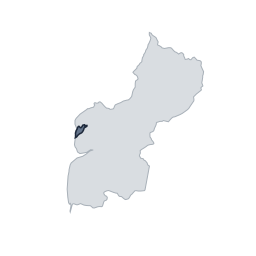 V-2 Mahaicony/Berbice, Mahaica-Berbice, Guyana (highlighted), rotated 229°
{"feature_id": "73187651B73006016371738", "entity_name": "V-2 Mahaicony/Berbice", "entity_type": "district", "adm_level": 2, "iso_a3": "GUY", "parent_name": "Guyana", "parent_adm1": "Mahaica-Berbice", "projection": "robinson", "projection_center": [-57.687, 6.279], "detail": "fine", "context": "in_parent", "style": "filled", "palette": "slate", "viewbox_px": 256, "rotation_deg": 229, "n_neighbors": 0, "source": "geoboundaries", "source_scale": "gbopen_adm2", "svg_char_len": 4977}
<svg xmlns="http://www.w3.org/2000/svg" viewBox="0 0 256 256"><g transform="rotate(229 128 128)"><path d="M85.2,119.2L80.2,112.9L75.1,106.5L70.2,100.3L69.9,99.4L71.9,96.5L73.8,94.3L75.3,93.1L76.1,92.0L75.5,87.4L75.6,85.8L74.8,84.0L74.3,82.0L75.0,80.3L75.7,79.1L76.7,78.7L79.0,78.3L80.6,78.1L81.2,77.4L82.2,76.6L83.4,76.6L85.8,77.1L86.9,76.1L89.0,74.8L93.5,72.4L94.5,70.8L95.2,68.4L95.1,67.3L94.7,66.9L93.6,66.5L91.8,66.4L90.5,67.1L89.0,66.7L87.9,65.2L87.8,64.0L88.5,62.3L88.1,61.2L85.8,57.5L85.9,56.5L87.5,54.9L88.4,53.5L89.7,50.2L90.7,49.1L93.9,48.7L94.7,48.0L96.3,46.2L98.7,44.2L102.1,42.6L103.1,39.7L103.7,38.9L106.4,37.4L106.9,36.6L106.9,35.8L102.5,29.3L103.3,29.7L106.7,34.0L108.6,34.9L109.0,35.0L109.0,33.8L110.8,34.3L115.3,37.2L121.8,42.0L131.0,51.2L133.6,54.6L135.3,56.3L138.1,60.2L138.9,62.2L138.8,69.9L136.4,75.1L135.8,79.0L135.6,84.3L134.2,87.3L136.1,85.7L136.7,80.9L138.3,78.1L140.3,74.9L143.1,74.2L146.1,75.5L148.5,75.7L150.6,76.7L155.1,81.7L159.5,85.7L161.1,88.9L165.7,90.5L168.5,93.0L169.3,95.2L169.9,100.9L169.0,109.5L169.2,109.9L168.0,111.6L167.8,112.7L166.9,114.6L166.3,115.6L167.2,118.0L168.3,118.1L168.7,118.4L168.9,118.9L168.9,119.4L168.5,119.9L167.5,120.4L166.5,121.8L166.6,123.3L166.0,124.1L164.1,124.5L160.3,124.5L158.5,124.6L157.0,124.9L156.0,125.9L154.8,126.6L153.8,126.7L153.0,127.9L152.1,129.5L152.4,130.6L153.3,132.1L153.8,133.6L153.1,136.0L152.4,137.9L151.9,139.3L151.4,142.1L149.9,145.2L148.9,146.9L148.9,148.8L149.4,151.5L152.3,155.4L153.3,157.2L154.1,160.2L156.8,162.6L158.5,164.5L158.3,167.0L158.5,167.8L159.6,168.4L160.8,168.9L162.2,168.9L163.5,168.6L163.8,168.3L166.7,168.2L167.0,168.9L167.2,172.5L167.3,174.0L168.0,174.6L168.4,175.5L168.4,176.3L168.5,178.3L169.0,179.4L168.9,181.5L169.2,182.3L170.0,182.9L171.0,184.4L171.4,184.6L171.6,185.2L172.4,187.4L172.9,188.0L173.2,188.1L173.3,188.9L173.9,190.9L174.4,191.5L175.2,193.0L175.5,194.6L176.6,196.5L177.7,197.8L178.1,199.2L179.5,202.2L180.9,204.3L182.7,204.8L184.2,205.1L185.2,205.9L186.1,206.8L185.1,207.2L184.2,207.7L183.0,207.3L181.2,207.5L179.4,208.1L177.7,208.4L174.6,207.5L173.6,207.4L173.0,207.0L171.7,205.1L171.1,204.9L169.4,205.7L167.3,206.3L166.3,206.2L165.2,206.9L164.1,207.7L162.0,211.3L160.9,212.6L159.8,213.2L157.5,213.2L155.0,213.3L153.2,214.2L151.4,214.6L150.6,214.7L150.3,216.7L149.9,217.6L149.3,218.1L148.0,218.3L146.8,218.2L146.0,217.4L144.7,217.0L143.5,216.7L142.7,216.2L142.1,216.3L141.6,217.2L141.1,217.9L140.8,219.2L138.9,219.6L138.2,220.3L138.6,222.8L138.4,223.7L138.0,224.5L135.8,224.6L133.9,224.6L132.8,225.5L131.5,226.5L130.7,226.7L129.7,226.6L128.4,225.4L127.2,223.9L124.1,222.9L120.9,222.0L118.9,219.6L118.4,218.5L117.5,217.9L115.1,215.1L113.7,213.3L112.3,212.8L110.6,212.1L110.7,210.7L110.6,209.5L109.9,209.0L108.9,208.6L108.5,207.9L108.6,206.3L108.8,202.0L108.5,197.9L106.3,196.5L105.3,195.5L103.7,189.4L102.9,186.7L102.8,184.7L103.4,178.6L104.0,176.0L105.7,170.8L106.7,169.0L106.8,167.7L106.7,166.0L106.2,162.6L109.1,160.5L110.4,159.6L110.6,158.2L112.1,156.4L112.8,154.6L113.4,153.3L113.2,152.6L112.6,152.2L111.8,150.9L110.1,147.2L109.5,146.5L109.0,145.4L109.2,143.8L109.9,142.0L109.8,141.3L108.8,140.3L106.7,138.7L105.0,138.6L103.6,138.0L101.7,138.0L100.1,137.8L99.2,137.2L99.4,136.2L99.8,135.5L101.1,133.6L102.0,131.6L102.1,129.7L102.4,127.1L102.8,124.9L103.0,122.4L100.9,120.8L100.3,119.4L99.4,118.2L98.5,118.2L97.0,117.7L94.8,119.3L93.1,119.0L91.9,119.6L89.1,119.5L87.3,118.7L85.2,119.2Z" fill="#d9dde1" stroke="#a8b0b8" stroke-width="1"/><path d="M157.2,97.8L157.0,97.6L157.0,97.3L157.1,97.1L157.2,96.9L157.3,96.7L157.5,96.5L158.0,96.7L158.1,96.9L158.3,97.1L158.4,97.3L158.6,97.4L158.9,97.4L159.0,97.2L159.2,96.9L159.3,96.7L159.5,96.4L159.6,96.2L159.7,95.9L159.8,95.7L159.8,95.4L159.6,95.1L159.5,94.9L159.3,94.7L159.2,94.5L159.2,94.2L159.2,93.7L159.1,93.2L159.1,92.9L159.1,92.7L159.4,92.3L159.6,92.2L159.8,92.2L160.1,92.2L160.3,92.2L160.6,92.2L160.8,92.2L161.1,92.2L161.3,92.2L161.5,92.0L161.6,91.9L161.7,91.6L161.6,91.2L161.5,90.8L161.5,90.5L161.5,90.4L161.3,90.3L161.1,89.8L160.9,89.4L160.7,89.2L160.5,88.9L160.5,88.5L160.4,88.3L159.9,87.1L159.4,86.3L159.3,86.1L158.9,85.6L158.7,85.1L158.5,84.9L157.7,84.4L157.5,84.2L156.9,83.6L156.3,83.2L156.2,83.1L155.6,82.4L155.3,82.1L155.2,81.9L155.1,82.1L155.1,82.4L155.1,82.8L155.0,83.1L155.0,83.4L155.0,83.7L155.0,83.9L155.2,84.3L155.3,84.6L155.3,84.9L155.4,85.1L155.4,85.4L155.4,85.8L155.4,86.1L155.4,86.4L155.4,86.7L155.4,87.1L155.4,87.4L155.4,87.6L155.4,87.9L155.2,88.1L155.1,88.4L155.0,88.9L154.9,89.2L154.9,89.6L154.8,90.0L154.9,90.4L154.9,90.6L154.9,90.8L155.0,91.1L155.0,91.3L155.1,91.5L155.2,91.8L155.3,92.0L155.3,92.3L155.4,92.6L155.6,92.8L155.7,93.2L155.9,93.5L156.0,93.7L156.1,93.9L156.3,94.1L156.5,94.3L156.6,94.5L156.7,94.8L156.7,95.0L156.7,95.3L156.7,95.6L156.6,96.0L156.6,96.3L156.5,96.6L156.5,96.8L156.5,97.0L156.4,97.3L156.3,97.6L156.3,97.9L156.3,98.1L156.5,98.4L156.6,98.5L156.9,98.7L157.0,98.6L157.1,98.3L157.2,98.0L157.2,97.8Z" fill="#64748b" stroke="#1e293b" stroke-width="1.5"/></g></svg>